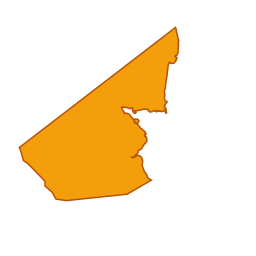 outline of Ngermechau, Melekeok, Palau, rotated 320°
{"feature_id": "81905179B2949458195189", "entity_name": "Ngermechau", "entity_type": "district", "adm_level": 2, "iso_a3": "PLW", "parent_name": "Palau", "parent_adm1": "Melekeok", "projection": "albers", "projection_center": [134.622, 7.54], "detail": "fine", "context": "isolated", "style": "filled", "palette": "amber", "viewbox_px": 256, "rotation_deg": 320, "n_neighbors": 0, "source": "geoboundaries", "source_scale": "gbopen_adm2", "svg_char_len": 5480}
<svg xmlns="http://www.w3.org/2000/svg" viewBox="0 0 256 256"><g transform="rotate(320 128 128)"><path d="M112.4,182.9L112.2,182.4L112.0,181.6L111.6,180.7L111.3,180.2L111.4,179.2L111.3,178.8L111.2,178.2L111.7,177.7L112.0,176.7L112.4,175.5L112.3,174.7L112.6,174.3L112.5,173.5L112.4,172.8L112.3,172.5L112.5,172.1L112.9,171.8L112.8,171.0L113.2,169.8L113.5,169.4L113.8,168.4L113.8,168.0L114.1,167.6L114.4,166.9L114.6,166.4L114.7,165.7L114.9,165.5L115.4,164.9L115.8,164.6L116.8,163.8L117.4,163.6L117.9,162.9L118.2,162.3L118.4,161.6L118.7,161.6L119.0,160.7L119.3,159.9L119.5,159.0L119.4,157.9L119.2,157.2L118.9,156.5L118.2,155.4L117.4,155.0L116.2,154.7L115.3,154.8L114.8,154.7L114.3,154.5L113.8,154.4L113.4,154.3L113.2,154.2L111.9,153.1L111.9,152.9L112.4,153.1L112.7,152.9L112.8,153.4L113.3,153.8L114.2,154.1L115.0,154.1L115.6,153.9L115.7,153.7L117.2,153.4L117.8,153.6L118.3,153.5L118.6,153.5L119.6,153.4L120.1,153.1L120.2,152.8L120.8,152.4L121.4,151.7L122.0,151.8L122.6,152.2L123.3,152.6L124.0,152.5L124.6,152.6L124.8,152.5L125.3,152.5L125.6,152.3L126.4,152.0L127.6,151.7L127.9,151.6L128.5,151.5L128.6,151.3L129.4,151.0L130.2,150.9L130.8,150.8L131.0,150.9L131.3,150.6L131.5,150.7L131.9,150.8L132.5,150.6L133.3,150.5L134.0,150.1L134.7,149.4L134.9,149.0L135.2,148.8L135.5,148.3L135.6,148.1L135.6,147.8L135.8,147.7L136.0,147.4L136.1,147.1L136.3,146.6L136.2,146.4L136.1,146.2L135.8,145.9L135.7,145.5L135.9,145.4L135.8,145.2L135.6,145.3L135.4,145.0L135.6,144.8L135.8,144.4L136.0,144.2L136.3,144.1L136.6,144.1L136.8,143.7L137.0,143.9L137.0,144.2L137.4,144.4L137.9,144.1L138.3,143.5L138.4,143.1L138.5,142.4L138.5,141.8L138.6,141.3L138.3,140.6L138.4,140.2L138.3,139.8L138.1,139.5L138.1,139.0L138.0,138.7L138.0,138.0L137.8,137.6L137.8,137.2L137.7,136.4L137.6,136.2L137.5,135.4L137.6,135.0L137.7,134.3L137.7,133.7L137.8,133.0L137.7,132.7L137.8,132.3L137.8,131.8L137.6,131.3L137.7,131.1L137.5,130.6L137.3,130.4L137.2,129.5L137.0,128.9L136.8,128.2L136.4,128.1L136.5,127.8L136.7,127.7L136.8,127.2L137.1,126.7L137.3,127.0L137.1,127.2L137.0,127.8L137.2,128.4L137.2,128.9L137.6,129.5L138.0,130.0L138.4,130.4L138.9,130.5L139.9,130.2L140.3,130.0L140.6,129.9L140.9,129.5L141.1,129.3L141.2,128.9L141.2,128.6L140.7,127.5L140.7,127.2L140.4,126.7L139.9,126.3L139.4,126.1L138.6,126.2L138.6,125.5L138.4,125.1L138.0,125.0L137.5,124.8L137.7,122.8L137.6,121.6L137.8,121.4L137.7,120.7L137.9,119.8L137.9,118.9L137.7,118.2L137.4,117.6L137.2,117.2L137.0,116.6L136.5,115.9L136.0,115.4L135.4,115.0L134.9,114.9L134.8,114.5L135.2,114.1L135.3,113.8L135.2,112.7L135.2,112.0L135.4,111.7L135.5,111.2L135.4,110.8L135.9,109.7L135.9,109.2L136.1,108.4L136.2,108.1L137.7,108.3L137.6,108.9L137.8,109.2L137.9,109.4L138.3,109.8L139.1,110.4L139.9,110.8L140.2,111.8L140.5,112.4L140.9,112.5L141.3,113.5L141.7,114.1L141.9,114.6L143.7,114.6L143.8,114.6L144.5,115.8L144.2,116.1L143.7,116.3L143.3,116.6L143.0,116.9L143.1,117.6L142.7,117.6L142.4,118.2L142.3,119.0L142.2,119.5L142.3,120.1L142.3,120.5L142.4,120.8L142.8,121.4L143.2,121.5L143.6,121.5L144.1,121.3L144.2,120.8L144.4,120.6L144.4,120.1L144.2,119.8L144.2,119.2L144.5,119.6L144.8,119.8L145.1,120.3L145.7,120.4L146.0,120.7L146.4,120.7L147.0,121.0L148.3,121.6L149.3,122.2L149.5,122.6L150.5,123.0L150.7,122.9L150.9,123.1L151.9,123.7L152.3,123.7L152.7,124.1L152.9,124.4L153.5,124.7L154.0,125.4L154.6,126.0L155.0,126.2L155.1,126.4L155.0,126.6L154.9,127.0L154.7,127.4L154.8,127.8L154.9,128.3L155.1,128.6L154.9,129.0L154.9,129.5L155.2,130.0L155.9,130.4L155.9,130.5L156.4,130.7L156.9,131.0L157.5,131.2L158.1,131.2L158.5,131.2L159.0,131.5L159.3,131.7L159.8,131.9L159.5,132.3L159.6,132.5L160.0,132.6L160.0,132.8L160.1,133.4L160.4,134.1L160.7,134.0L161.1,134.0L161.2,133.8L161.5,133.8L162.1,133.7L162.3,134.0L161.9,134.3L162.1,134.7L162.9,135.4L163.7,136.2L163.8,136.6L164.3,137.1L164.9,137.2L165.2,137.5L165.6,137.6L165.9,137.8L166.2,137.7L166.6,137.9L167.5,138.6L166.4,140.9L167.3,141.2L168.4,138.7L168.9,138.7L169.6,137.1L169.3,137.0L168.9,136.8L169.2,136.7L169.5,136.1L169.6,135.6L169.7,135.4L170.1,135.1L169.9,134.8L170.1,134.6L170.6,134.5L170.9,134.3L170.8,133.9L171.3,133.8L171.9,133.8L172.5,133.7L173.1,133.5L173.7,133.5L174.3,133.4L174.5,133.2L174.9,132.8L174.8,132.5L174.3,131.9L173.9,131.4L173.8,131.2L175.4,128.2L176.6,127.3L177.7,125.9L178.9,124.2L179.5,123.3L180.3,122.6L181.0,122.1L181.9,121.7L182.9,120.8L184.2,119.5L185.3,118.4L185.8,118.1L186.4,117.4L187.4,116.7L187.9,115.8L189.5,114.8L190.8,113.5L192.3,112.4L193.3,111.3L194.7,109.8L196.1,108.8L197.3,107.4L198.5,106.3L199.7,105.4L200.6,104.8L201.5,104.4L202.1,104.3L202.1,104.5L202.0,104.9L202.3,106.0L202.6,106.1L202.7,106.3L203.1,106.7L203.7,107.1L204.4,107.6L205.0,107.8L205.6,107.7L206.2,107.6L207.1,107.5L207.8,107.3L208.2,107.2L208.6,106.9L208.5,106.3L208.8,106.2L209.0,106.3L209.2,106.6L209.6,106.4L210.2,106.1L210.6,105.7L210.7,105.0L210.6,104.6L210.2,104.3L209.9,103.8L210.0,103.3L210.6,103.0L211.3,103.3L212.0,103.5L212.7,103.6L213.3,103.2L214.2,102.7L215.0,102.3L215.5,101.7L216.0,101.2L216.2,100.9L216.9,100.0L217.9,99.0L218.8,98.2L219.3,97.5L219.4,96.9L220.4,96.6L220.4,95.9L220.6,95.7L220.7,95.2L221.5,94.9L222.3,94.4L222.5,94.0L222.8,93.9L222.9,93.3L223.3,93.3L223.4,92.9L223.7,92.5L223.5,92.2L223.8,91.8L224.5,90.5L225.1,89.5L225.4,88.5L225.9,87.6L226.2,86.9L226.5,86.3L227.1,85.4L227.8,84.3L228.4,83.1L228.8,82.2L229.0,81.5L32.2,73.1L31.3,76.2L27.0,85.6L28.5,91.6L30.2,115.4L27.1,119.1L28.6,128.5L27.1,136.1L34.1,144.0L84.9,178.2L112.4,182.9Z" fill="#f59e0b" stroke="#b45309" stroke-width="1.5"/></g></svg>